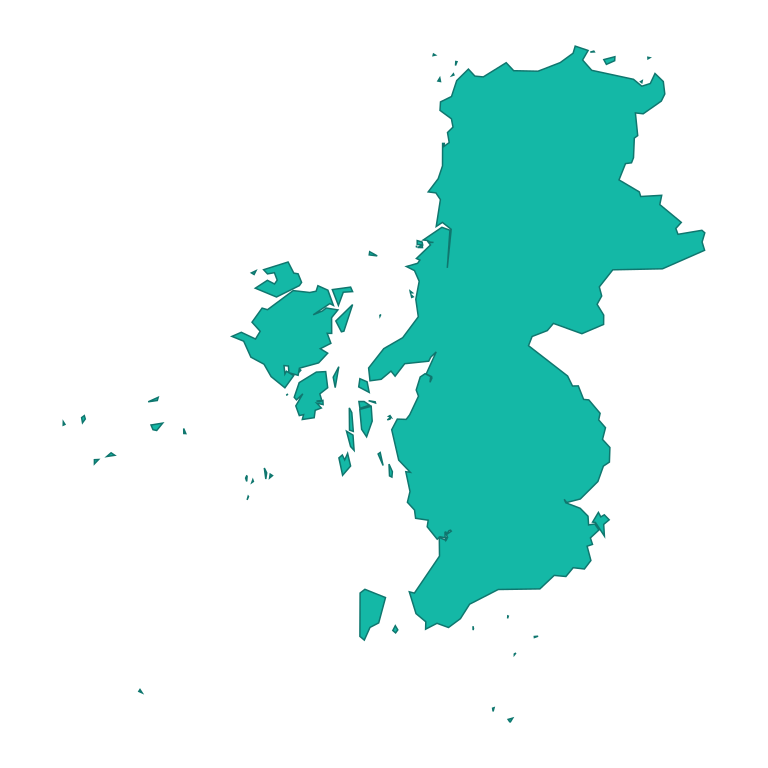 Belitung, Bangka-Belitung, Indonesia (Robinson projection)
{"feature_id": "22746128B80009106787015", "entity_name": "Belitung", "entity_type": "district", "adm_level": 2, "iso_a3": "IDN", "parent_name": "Indonesia", "parent_adm1": "Bangka-Belitung", "projection": "robinson", "projection_center": [107.612, -2.94], "detail": "fine", "context": "isolated", "style": "filled", "palette": "teal", "viewbox_px": 768, "rotation_deg": 0, "n_neighbors": 0, "source": "geoboundaries", "source_scale": "gbopen_adm2", "svg_char_len": 6122}
<svg xmlns="http://www.w3.org/2000/svg" viewBox="0 0 768 768"><path d="M663.3,81.5L655.0,73.5L650.3,83.5L641.8,86.2L633.5,79.3L591.7,70.3L582.6,60.0L588.1,50.5L575.2,46.1L573.1,53.2L560.2,62.6L538.0,71.2L513.7,70.7L506.2,62.7L483.3,76.9L474.9,76.1L468.4,69.1L456.7,80.6L451.5,96.5L440.5,101.9L440.0,110.4L451.4,118.8L453.0,127.1L447.5,132.5L449.2,142.6L443.8,146.5L444.3,143.4L442.6,143.4L442.5,165.9L438.2,178.7L428.2,191.9L435.9,192.9L440.4,199.6L436.2,226.5L442.4,222.4L451.2,229.3L447.3,267.9L449.9,230.2L441.9,227.3L423.2,240.0L427.4,240.5L430.4,242.2L433.5,242.4L429.9,242.5L427.4,241.0L430.5,245.0L416.4,258.5L419.9,260.1L417.6,263.3L406.4,266.5L414.5,270.6L419.2,281.3L415.8,299.3L418.3,316.8L402.7,337.7L383.8,348.6L368.6,368.0L370.0,380.8L381.2,379.3L391.0,371.1L395.1,376.2L404.7,363.7L428.7,361.2L430.7,357.2L436.2,351.9L426.2,374.0L431.6,376.6L431.9,378.2L430.0,382.3L430.7,376.6L425.1,373.7L420.2,377.0L416.2,390.0L418.5,396.2L409.7,414.8L406.2,419.4L397.3,419.1L391.7,429.7L398.7,460.1L410.3,472.3L405.8,471.7L410.0,491.5L407.4,502.3L414.5,510.0L415.6,518.3L428.2,520.2L427.2,526.8L437.2,539.2L439.9,536.7L445.4,537.8L445.7,540.1L447.2,537.6L445.1,537.1L445.0,532.3L445.8,532.0L447.0,533.6L449.0,530.6L450.6,530.2L451.3,531.2L447.1,534.1L445.5,532.6L447.6,537.4L446.0,540.4L439.3,537.5L439.5,556.1L414.4,593.1L409.3,591.8L416.0,613.6L425.8,621.8L425.6,629.2L437.0,623.3L448.5,627.5L460.4,618.7L469.6,604.2L498.2,589.5L539.9,588.9L554.2,575.4L565.9,576.5L573.2,567.7L584.4,569.0L590.9,560.5L587.1,546.2L592.5,544.4L590.4,537.9L598.9,530.0L594.8,524.0L588.6,524.9L588.0,516.2L580.2,508.3L565.8,502.8L564.2,499.3L566.7,502.5L580.3,499.0L597.9,481.5L603.4,466.1L609.4,462.1L609.9,447.5L602.5,439.4L605.5,427.7L598.7,419.9L600.1,413.3L588.8,399.9L583.6,399.4L578.3,385.9L572.5,386.0L567.6,376.0L528.5,345.7L532.1,336.5L547.3,330.6L553.4,323.4L581.9,333.7L603.6,324.4L603.7,315.1L597.1,304.3L601.7,296.0L599.3,286.9L612.8,269.8L662.5,268.8L704.6,250.3L702.1,242.0L704.8,232.8L701.9,230.3L678.0,234.3L675.8,228.5L681.3,222.4L659.8,204.6L661.7,195.3L640.7,196.5L639.3,191.9L619.0,179.9L625.5,163.6L631.5,162.8L633.5,157.7L634.3,138.1L637.7,135.6L635.4,112.9L643.2,113.8L661.3,101.1L664.8,94.0L663.3,81.5ZM327.9,290.2L317.9,285.7L316.1,291.2L309.8,292.5L293.2,290.6L267.5,309.7L262.1,308.1L252.0,322.2L260.2,331.3L255.5,339.0L241.3,332.3L231.9,336.4L243.7,341.2L250.9,357.2L264.0,364.2L271.1,376.6L284.9,387.8L293.7,375.6L286.4,371.2L284.9,374.0L284.0,365.6L288.4,366.0L288.9,372.7L298.1,375.3L299.4,368.2L318.6,362.9L327.7,353.2L320.3,348.7L330.9,343.3L327.2,333.3L331.7,333.4L331.6,317.7L337.9,309.9L326.2,308.0L322.4,311.0L313.2,314.8L329.8,303.6L333.4,305.4L327.9,290.2ZM325.7,371.6L316.3,372.1L299.2,382.6L294.2,397.3L296.5,399.9L302.8,393.8L295.8,405.9L299.3,415.6L303.6,414.6L302.3,419.5L314.2,417.7L315.2,410.3L321.3,408.0L316.8,403.2L323.1,404.6L322.9,400.5L319.6,401.8L316.5,401.0L321.8,400.5L319.8,393.9L327.7,387.7L325.7,371.6ZM288.1,262.0L263.6,269.7L267.5,273.9L274.4,272.7L277.2,280.1L274.5,284.0L267.4,280.3L255.3,288.2L276.5,297.0L299.4,285.6L301.6,282.4L298.1,273.8L293.8,273.1L288.1,262.0ZM364.9,589.3L360.1,593.0L359.9,636.4L364.3,640.1L370.0,627.4L378.7,622.9L385.5,597.6L364.9,589.3ZM371.2,406.3L359.8,409.4L361.6,429.3L366.6,436.8L372.2,421.1L371.2,406.3ZM347.6,453.4L344.7,459.9L342.3,455.0L338.9,457.9L342.6,475.3L350.6,466.0L347.6,453.4ZM600.8,516.9L598.4,512.4L592.6,522.1L595.4,522.4L604.4,536.1L603.7,524.4L609.2,519.8L604.3,514.8L600.8,516.9ZM350.6,287.1L332.3,289.6L338.4,305.4L343.3,292.2L352.6,291.6L350.6,287.1ZM352.6,304.6L335.8,321.0L341.4,331.8L343.9,331.2L352.6,304.6ZM359.9,378.7L358.7,386.9L369.2,392.4L367.1,381.8L359.9,378.7ZM353.3,431.4L351.8,412.6L349.3,407.9L349.5,430.1L353.3,431.4ZM354.1,450.4L353.0,435.1L346.5,431.2L350.6,446.6L354.1,450.4ZM335.2,387.6L338.8,366.7L333.2,377.2L335.2,387.6ZM614.9,56.7L603.8,59.6L606.4,64.4L614.7,60.7L614.9,56.7ZM162.7,423.1L151.0,425.0L153.0,429.7L156.7,430.5L162.7,423.1ZM358.9,401.5L359.9,408.3L369.6,405.2L364.1,401.5L358.9,401.5ZM383.1,465.5L380.2,452.5L378.1,454.0L383.1,465.5ZM391.9,477.1L392.4,471.7L389.0,464.1L389.5,475.9L391.9,477.1ZM106.8,456.5L114.8,455.3L111.1,452.8L106.8,456.5ZM148.2,401.8L157.3,400.5L158.2,397.3L148.2,401.8ZM395.3,625.7L392.8,630.5L395.6,632.9L397.8,629.9L395.3,625.7ZM377.2,255.9L369.7,251.7L369.2,254.9L377.2,255.9ZM82.5,422.8L85.3,419.0L84.3,415.6L81.6,417.6L82.5,422.8ZM94.4,463.9L98.6,459.5L94.4,459.7L94.4,463.9ZM266.7,472.8L264.3,468.0L265.8,479.0L266.7,472.8ZM417.2,240.6L417.2,244.5L422.7,244.9L422.1,242.0L417.2,240.6ZM375.2,401.8L368.6,400.7L375.5,403.0L375.2,401.8ZM269.6,478.0L272.5,475.6L270.2,474.1L269.6,478.0ZM138.8,691.4L142.2,692.9L140.0,689.5L138.8,691.4ZM185.8,433.6L183.7,428.5L183.8,433.5L185.8,433.6ZM510.4,721.9L512.7,718.1L508.1,719.4L509.7,721.8L510.4,721.9ZM254.1,274.5L256.0,270.7L251.4,272.9L254.1,274.5ZM534.4,637.5L538.1,636.2L534.3,636.5L534.4,637.5ZM439.8,77.9L437.9,81.0L440.5,81.5L439.8,77.9ZM455.5,65.5L457.0,61.7L455.8,61.5L455.5,65.5ZM493.1,711.4L494.1,707.7L492.6,708.2L493.1,711.4ZM63.2,425.2L65.0,424.4L63.3,421.7L63.2,425.2ZM422.5,247.6L422.2,245.1L417.6,247.5L422.5,247.6ZM593.8,51.1L590.3,52.1L594.3,51.9L593.8,51.1ZM387.3,419.9L390.1,419.0L390.4,417.7L387.3,419.9ZM246.7,481.4L247.1,476.2L246.6,475.9L245.6,478.1L246.7,481.4ZM412.4,292.8L410.1,291.0L410.5,293.0L412.4,292.8ZM473.1,630.1L473.5,628.6L473.0,626.2L473.1,630.1ZM648.0,58.8L649.9,57.7L647.9,57.3L648.0,58.8ZM251.8,482.6L253.4,481.5L252.8,479.8L251.8,482.6ZM413.2,296.8L411.1,294.9L411.7,297.4L413.2,296.8ZM641.8,82.7L642.2,80.7L640.5,81.7L641.8,82.7ZM451.9,75.7L453.9,75.0L453.4,73.8L451.9,75.7ZM514.3,655.0L515.9,653.0L514.3,654.0L514.3,655.0ZM299.0,372.3L300.8,370.2L300.1,369.5L299.0,372.3ZM435.4,55.1L433.5,54.0L433.1,55.6L435.4,55.1ZM247.1,499.9L248.5,496.6L248.2,496.2L247.1,499.9ZM391.2,417.5L390.0,415.6L388.6,416.4L391.2,417.5ZM507.6,618.4L508.3,616.1L507.8,615.9L507.6,618.4ZM416.7,247.3L416.4,245.7L416.4,246.9L416.7,247.3ZM379.9,315.4L380.0,316.2L380.8,314.5L379.9,315.4ZM286.3,395.2L286.8,395.1L287.9,393.9L286.3,395.2Z" fill="#14b8a6" stroke="#0f766e" stroke-width="1.5"/></svg>